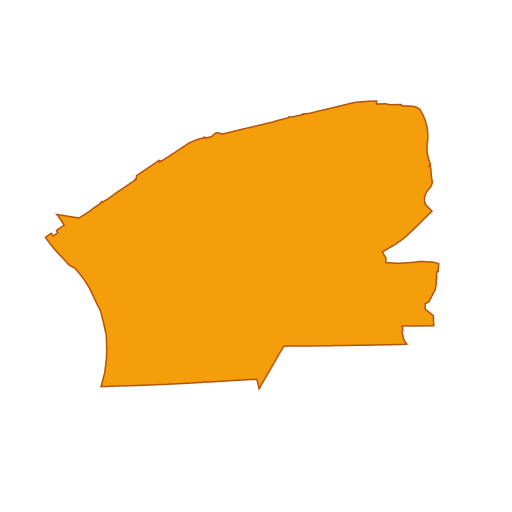 Nieuwegein, Utrecht, Netherlands, rotated 75°
{"feature_id": "6326949B74966835804561", "entity_name": "Nieuwegein", "entity_type": "district", "adm_level": 2, "iso_a3": "NLD", "parent_name": "Netherlands", "parent_adm1": "Utrecht", "projection": "orthographic", "projection_center": [5.098, 52.03], "detail": "fine", "context": "isolated", "style": "filled", "palette": "amber", "viewbox_px": 512, "rotation_deg": 75, "n_neighbors": 0, "source": "geoboundaries", "source_scale": "gbopen_adm2", "svg_char_len": 5939}
<svg xmlns="http://www.w3.org/2000/svg" viewBox="0 0 512 512"><g transform="rotate(75 256 256)"><path d="M369.4,102.3L364.4,101.3L361.6,100.5L360.4,100.3L359.3,100.3L358.5,100.9L351.2,106.3L348.7,105.7L345.8,104.9L345.1,100.9L340.2,96.5L335.1,91.8L329.8,89.2L329.0,88.9L327.5,88.7L322.5,86.7L322.4,87.1L317.8,85.3L318.3,84.2L317.8,84.0L315.6,83.2L312.5,82.1L310.7,81.5L310.1,82.6L309.5,83.6L308.5,85.3L307.8,86.5L307.4,87.2L307.1,87.9L307.1,88.4L307.1,88.7L307.0,88.9L306.7,89.8L306.2,91.4L304.9,95.3L303.9,98.1L303.8,98.4L303.8,99.1L303.7,99.1L303.0,105.1L301.6,111.9L300.0,120.2L297.1,128.8L295.9,132.4L291.6,131.0L284.8,132.9L283.3,127.5L282.8,125.9L282.4,124.5L282.3,123.9L281.8,122.3L281.0,119.2L280.6,118.0L280.4,117.1L280.0,116.0L279.8,115.9L279.7,115.8L279.8,115.8L279.4,114.6L278.7,112.5L277.9,110.6L276.1,106.4L271.9,98.5L269.3,93.8L263.6,83.9L258.3,74.4L250.2,79.0L250.1,78.8L249.6,78.9L247.7,79.0L246.1,78.9L244.4,78.5L242.8,77.9L241.2,77.0L239.9,76.1L238.7,75.0L237.3,73.5L235.1,70.2L234.3,69.3L233.1,68.2L232.8,68.0L231.8,67.3L230.5,66.7L228.2,66.2L227.7,66.4L227.0,66.4L221.0,65.3L215.7,64.4L215.1,64.5L214.5,65.0L214.2,65.6L213.4,65.4L213.5,63.9L211.4,63.9L206.1,64.2L202.8,64.1L198.8,63.6L195.6,62.8L192.7,61.9L189.5,60.6L188.4,60.0L188.1,60.0L186.6,59.5L185.2,59.2L183.9,58.7L183.2,58.6L182.2,58.4L181.6,58.3L181.0,58.2L179.3,57.9L176.0,57.5L174.7,57.4L174.0,57.4L173.2,57.4L170.5,57.4L169.4,57.4L167.3,57.6L165.7,57.8L165.0,57.9L164.2,58.0L162.2,58.4L161.6,58.5L160.7,58.8L159.1,59.3L158.4,59.4L157.7,59.5L157.4,59.6L156.4,60.2L155.5,60.9L155.0,61.3L154.2,62.1L153.8,62.5L153.5,63.0L153.4,63.2L152.8,64.0L152.2,65.3L151.7,66.4L151.5,67.0L151.2,67.8L151.0,68.8L150.5,70.1L150.2,71.2L149.0,75.3L148.8,75.9L148.6,76.6L148.1,76.4L147.4,76.3L147.1,77.3L145.7,82.8L144.4,87.9L142.6,91.2L141.9,94.0L141.3,96.5L140.6,99.4L140.8,99.5L140.6,100.3L137.5,99.3L136.1,105.3L135.3,108.8L135.2,109.1L135.2,110.2L135.2,110.3L134.5,113.5L134.0,115.8L133.8,117.4L133.3,120.5L133.2,121.8L133.1,124.3L133.0,127.5L133.0,129.6L132.9,131.5L132.8,137.4L132.6,143.8L132.6,147.4L132.2,158.1L132.1,166.3L131.9,168.6L131.7,169.7L131.0,173.3L130.9,173.8L131.5,173.8L131.3,178.9L131.3,179.2L131.2,180.2L131.2,181.1L131.2,182.9L131.2,184.0L131.1,185.5L130.0,187.8L130.8,189.3L130.9,190.3L130.9,190.5L130.8,192.9L130.7,196.4L130.7,199.4L130.9,204.8L130.9,205.6L130.4,223.6L130.2,228.7L130.2,229.0L130.1,231.9L130.1,233.6L130.0,234.3L129.9,238.4L129.5,256.3L128.9,258.1L126.9,261.1L126.9,263.6L129.2,268.1L129.0,274.3L127.9,274.6L127.9,275.4L128.4,275.4L128.3,277.2L128.2,281.2L128.3,282.1L128.6,285.5L129.0,287.8L129.6,291.5L131.1,296.3L131.8,298.4L133.5,303.2L135.2,308.2L137.6,315.5L138.1,317.2L140.0,323.2L139.5,323.2L139.8,324.0L140.1,324.9L139.6,324.8L138.6,324.8L139.0,326.0L140.1,329.3L141.2,332.4L145.2,344.0L145.3,344.4L146.3,347.2L147.5,350.7L147.8,350.8L148.5,351.0L150.2,351.6L151.0,352.1L151.3,352.9L150.8,353.1L151.3,353.5L151.6,354.0L152.0,355.0L155.4,364.7L159.0,375.2L159.7,377.0L159.8,377.0L162.6,384.5L163.6,388.1L164.2,390.3L163.5,390.7L163.7,391.0L164.8,393.0L165.1,392.9L167.1,398.8L168.0,401.3L169.3,404.2L171.7,411.3L172.0,412.2L172.3,413.2L173.4,417.2L172.6,419.1L169.1,427.0L167.5,430.4L167.4,430.6L166.5,432.7L165.2,435.7L164.8,436.8L164.4,437.7L165.0,437.4L165.7,437.0L166.7,436.6L167.2,436.4L168.2,436.2L168.6,436.1L169.0,436.0L169.1,435.8L169.3,435.7L175.1,433.8L175.9,433.7L176.6,433.4L176.9,434.2L177.8,436.9L179.6,442.2L182.2,441.3L184.2,446.9L181.0,448.0L183.5,454.6L187.3,453.2L192.0,451.2L193.9,450.3L195.9,449.5L198.1,448.5L198.9,448.1L199.9,447.6L202.8,446.1L203.2,445.9L203.7,445.6L205.3,444.7L205.6,444.5L210.2,442.0L211.6,441.2L212.5,440.8L216.0,439.1L216.4,438.8L216.6,438.6L217.5,437.8L218.0,437.3L218.6,436.7L219.1,436.1L220.3,434.6L223.8,432.7L226.9,431.2L229.0,430.3L231.7,429.2L234.5,428.1L237.2,427.2L239.7,426.4L241.8,425.8L244.9,425.0L246.7,424.6L254.2,423.3L257.1,422.8L261.3,422.0L265.7,421.0L266.7,420.8L268.2,420.6L268.9,420.5L270.2,420.4L273.1,420.4L277.2,420.5L280.4,420.5L286.8,420.8L290.3,421.0L291.7,421.0L292.5,421.1L292.9,421.1L294.4,421.3L295.1,421.4L295.8,421.6L299.2,422.4L303.1,423.3L307.9,424.4L309.6,425.0L312.2,425.8L314.6,426.4L316.6,427.1L328.6,431.9L330.0,432.6L341.0,438.8L342.1,439.5L343.8,432.0L343.9,431.5L345.0,426.7L346.7,419.2L346.8,418.7L346.9,418.4L347.0,418.2L347.1,417.6L347.2,417.3L347.4,416.5L347.5,416.5L347.6,416.3L347.7,415.9L348.3,412.9L350.0,405.7L350.9,401.8L351.0,401.1L351.5,399.2L352.2,396.2L352.1,395.9L352.1,395.6L352.3,395.7L352.7,393.6L353.6,389.9L355.6,380.8L356.8,375.4L357.2,373.7L357.5,372.1L360.1,360.4L360.2,359.8L360.4,358.8L362.6,348.3L363.5,343.6L364.0,341.6L364.2,340.4L364.7,336.4L365.0,336.5L366.1,331.5L366.9,327.6L367.9,322.4L369.0,317.0L369.7,313.8L370.7,308.6L371.8,303.3L372.1,302.2L372.3,300.8L372.6,299.5L373.0,297.9L373.4,295.4L373.8,293.8L374.0,292.8L374.1,292.0L374.3,291.4L374.4,290.9L374.8,289.7L375.0,289.1L375.1,288.4L375.3,287.1L376.2,287.1L379.8,287.2L385.1,287.4L362.2,264.5L357.9,260.3L352.7,254.9L350.4,252.4L350.8,250.4L352.1,245.0L352.4,243.9L353.4,240.0L354.1,237.5L354.2,237.2L354.5,236.2L354.9,234.7L355.3,233.4L356.5,228.8L357.4,225.1L357.6,224.3L358.5,220.9L359.1,218.7L359.4,217.5L359.5,217.2L359.6,216.2L359.7,215.9L360.4,213.2L360.7,212.1L361.4,209.7L361.8,208.1L362.0,207.3L362.4,205.6L362.4,205.4L362.7,203.9L364.2,198.4L365.0,195.3L369.2,178.3L370.8,172.2L372.1,166.7L373.0,162.9L374.5,157.0L376.1,150.7L377.2,146.1L379.4,137.1L380.1,133.4L380.1,133.2L380.0,133.3L378.3,133.9L377.5,134.2L376.4,134.5L375.6,134.6L374.7,134.8L373.1,134.9L372.3,134.9L370.8,134.8L369.8,134.7L368.8,134.7L367.5,134.7L367.1,134.7L366.8,134.6L366.6,134.5L366.5,134.4L366.2,133.8L365.8,133.4L365.7,133.3L364.8,133.2L363.0,133.1L361.4,133.0L361.4,132.8L361.7,131.9L361.7,131.6L364.5,121.5L365.2,118.9L365.6,117.0L366.0,115.5L367.7,109.1L368.9,104.6L369.2,103.2L369.4,102.3Z" fill="#f59e0b" stroke="#b45309" stroke-width="1.5"/></g></svg>